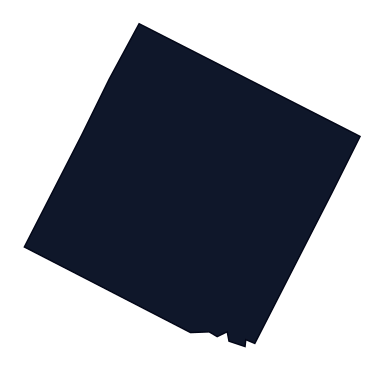 the district of Washington, Iowa, United States of America, rotated 117°
{"feature_id": "52423323B53294458303473", "entity_name": "Washington", "entity_type": "district", "adm_level": 2, "iso_a3": "USA", "parent_name": "United States of America", "parent_adm1": "Iowa", "projection": "equal_earth", "projection_center": [-91.625, 41.337], "detail": "fine", "context": "isolated", "style": "filled", "palette": "ink", "viewbox_px": 384, "rotation_deg": 117, "n_neighbors": 0, "source": "geoboundaries", "source_scale": "gbopen_adm2", "svg_char_len": 354}
<svg xmlns="http://www.w3.org/2000/svg" viewBox="0 0 384 384"><g transform="rotate(117 192 192)"><path d="M191.4,316.1L317.1,316.4L317.3,254.0L317.9,129.5L308.8,113.2L309.4,103.9L300.5,97.2L308.1,91.3L305.6,74.6L299.1,77.1L298.4,67.3L129.8,67.0L66.2,67.5L66.1,315.5L129.0,317.0L191.4,316.1Z" fill="#0f172a" stroke="#020617" stroke-width="1.5"/></g></svg>